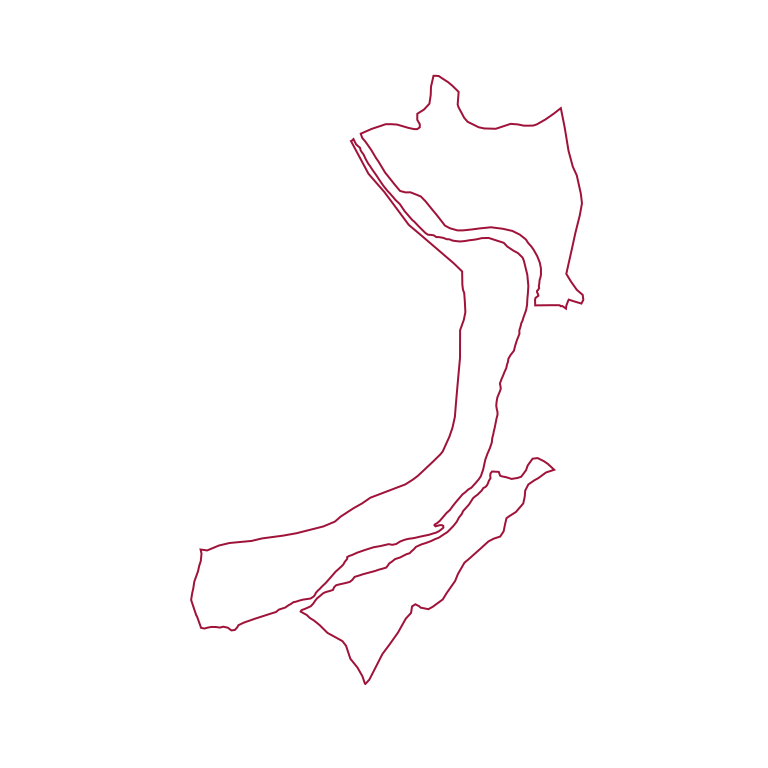 the district of Qina, Qina, Egypt, rotated 75°
{"feature_id": "37247803B17837872993253", "entity_name": "Qina", "entity_type": "district", "adm_level": 2, "iso_a3": "EGY", "parent_name": "Egypt", "parent_adm1": "Qina", "projection": "orthographic", "projection_center": [32.69, 26.097], "detail": "fine", "context": "isolated", "style": "outline", "palette": "rose", "viewbox_px": 768, "rotation_deg": 75, "n_neighbors": 0, "source": "geoboundaries", "source_scale": "gbopen_adm2", "svg_char_len": 6141}
<svg xmlns="http://www.w3.org/2000/svg" viewBox="0 0 768 768"><g transform="rotate(75 384 384)"><path d="M140.8,353.0L162.7,347.9L176.9,344.6L198.8,333.9L236.7,318.9L248.3,310.8L285.3,285.5L295.5,279.4L308.3,282.6L313.2,283.3L317.0,283.0L324.9,284.5L335.7,286.8L342.7,290.3L351.8,296.6L359.6,298.7L378.4,303.8L401.2,312.2L422.1,319.8L434.0,324.0L444.0,329.2L452.0,334.6L452.6,335.1L464.3,344.7L466.4,347.5L471.8,357.0L481.5,375.1L483.8,380.8L486.5,389.4L490.3,426.6L493.7,436.2L496.2,445.9L497.1,448.7L500.9,460.3L504.2,467.0L505.9,479.6L505.5,507.2L504.3,521.0L501.6,541.8L501.3,552.6L499.1,565.5L497.6,574.4L497.3,585.3L499.0,597.9L496.4,604.0L500.7,604.2L507.6,606.8L511.7,609.5L516.7,612.1L525.8,618.4L531.8,621.0L536.8,623.6L542.7,626.2L554.4,625.5L559.2,625.2L559.8,624.8L572.2,623.8L573.7,620.7L573.7,617.1L574.0,613.6L575.2,609.3L576.8,605.6L576.8,602.2L578.9,598.0L582.5,595.2L583.0,591.8L581.2,588.9L579.3,587.0L578.2,581.1L577.3,569.0L576.9,561.0L576.5,553.1L576.3,547.4L574.7,543.9L574.4,537.4L572.9,533.2L572.6,531.6L571.3,527.8L571.5,525.7L571.3,522.5L571.3,518.2L572.2,510.5L571.1,507.0L570.1,505.7L569.3,504.8L568.2,504.0L566.7,501.8L565.3,499.1L563.6,496.4L561.0,491.6L552.7,479.2L549.3,472.5L547.8,470.0L545.7,468.0L543.4,464.8L541.7,464.4L541.1,462.2L540.9,459.0L540.0,453.7L539.4,445.4L539.0,436.3L539.6,429.5L539.9,420.9L541.5,417.6L541.7,413.6L540.3,409.2L539.8,404.2L539.9,400.4L540.6,394.7L540.8,388.1L541.3,379.7L541.1,375.3L541.1,372.5L540.4,368.9L538.6,364.7L538.0,363.8L536.3,363.5L535.4,364.5L534.8,366.5L534.8,371.1L533.6,371.8L532.9,371.5L532.2,368.9L530.7,365.6L527.2,360.5L524.9,357.2L522.7,352.9L519.5,348.9L516.6,345.0L513.6,340.6L510.9,336.7L509.7,333.7L507.6,329.7L506.8,326.5L503.2,320.9L500.4,316.9L497.9,314.1L495.4,312.5L492.7,310.6L488.9,308.6L483.4,305.8L478.1,302.1L473.6,298.5L468.6,295.1L464.2,293.4L461.1,291.6L457.6,289.9L455.3,288.6L446.2,284.1L443.3,282.4L440.4,281.6L438.1,281.6L434.0,281.2L430.0,279.7L426.2,277.9L424.1,276.3L421.8,274.5L419.1,272.6L418.0,272.3L415.5,272.0L413.7,272.0L412.9,271.5L412.1,270.9L409.8,269.3L407.2,267.2L403.7,264.6L400.3,261.8L397.0,260.1L394.8,258.6L391.8,257.3L388.8,254.3L385.5,249.9L383.7,248.9L381.0,247.4L376.1,244.3L370.6,240.2L367.9,239.6L366.7,239.1L364.9,237.9L363.2,236.9L360.7,235.6L358.8,233.9L355.7,232.0L352.0,229.4L349.2,227.5L344.5,225.3L338.9,223.5L334.1,221.7L326.7,219.2L315.5,217.3L301.3,217.0L297.8,217.4L292.1,220.8L288.7,224.5L283.1,229.4L278.6,231.8L273.9,239.1L270.0,245.1L268.4,251.8L268.2,257.2L267.9,260.0L267.3,264.0L266.8,269.3L266.0,273.7L264.9,276.7L263.4,280.3L263.0,280.8L263.0,281.0L261.2,283.3L260.4,285.9L258.2,288.9L256.4,292.7L255.6,295.5L253.3,297.4L252.3,299.7L251.1,303.0L248.7,305.0L241.0,309.5L235.1,312.7L233.0,314.2L222.5,319.3L214.2,322.2L209.0,325.4L206.1,326.7L201.0,329.2L198.3,330.7L192.6,333.2L191.6,333.6L187.6,335.0L184.7,336.0L181.9,336.9L179.3,337.8L174.2,339.7L173.3,340.0L169.8,341.1L167.4,342.1L163.2,343.2L161.3,343.6L156.8,344.4L153.9,345.6L151.8,346.1L149.4,346.1L148.0,347.2L145.1,349.0L143.3,349.3L140.7,349.9L139.5,350.1L140.6,352.0L140.8,353.0ZM136.2,341.7L136.4,341.7L140.8,341.3L144.7,339.4L148.1,338.1L154.8,335.7L163.4,333.3L167.6,331.8L179.8,328.3L194.5,321.9L201.7,318.5L204.5,313.6L205.7,308.8L208.1,305.6L210.3,302.6L212.5,299.8L218.3,296.6L227.5,292.5L235.6,288.8L246.8,284.1L250.7,279.9L254.7,273.2L256.1,267.7L257.5,258.9L258.5,251.2L260.3,240.1L264.8,229.1L269.3,220.5L274.8,214.2L281.0,209.6L285.2,208.2L289.3,206.1L293.2,204.7L300.2,202.9L307.2,202.1L313.0,202.5L319.1,204.1L321.7,205.4L323.8,206.8L327.4,208.1L329.4,209.1L331.5,209.3L333.1,211.0L333.6,212.0L334.8,212.4L337.0,212.0L338.7,212.0L340.0,215.3L341.7,216.3L345.5,217.2L346.7,217.4L347.2,217.6L351.3,201.5L353.4,193.9L354.6,193.2L354.8,191.6L358.3,188.7L355.5,187.6L351.3,184.6L350.3,183.7L353.0,179.6L357.4,172.5L354.3,169.7L349.4,169.0L342.9,173.4L333.4,176.9L324.8,179.4L300.9,166.9L287.7,160.1L271.7,151.2L260.7,146.0L253.1,144.9L250.9,144.6L232.4,143.8L222.8,145.4L206.3,145.4L188.4,143.6L181.8,143.0L163.3,141.8L166.8,150.0L170.3,159.7L172.8,169.3L173.0,173.2L170.6,182.2L168.0,187.3L165.5,194.3L166.4,210.0L163.1,221.0L160.5,226.1L152.3,235.4L147.5,237.7L141.8,239.0L136.0,240.4L133.1,240.5L121.2,236.3L113.7,240.7L109.0,244.0L104.4,248.2L100.7,251.4L99.7,254.3L99.1,256.4L109.1,261.7L117.0,264.1L125.0,267.6L129.2,274.2L131.6,281.9L137.5,283.5L142.3,282.2L145.3,283.0L146.4,285.9L145.6,288.9L143.0,294.0L136.8,304.2L135.1,309.2L133.5,315.2L133.9,321.1L134.1,325.0L134.4,329.9L136.2,341.7ZM668.9,479.6L665.8,474.7L644.4,455.4L637.0,446.0L627.7,434.8L616.3,423.7L612.1,417.1L606.1,414.5L604.9,410.7L607.7,407.6L609.5,406.5L613.0,399.4L611.8,394.6L607.3,383.0L602.1,377.5L592.7,366.3L586.6,361.7L583.6,358.7L577.4,352.5L575.2,347.7L567.5,332.4L563.1,323.9L561.8,318.1L561.4,311.2L557.3,306.6L550.3,303.1L545.3,300.4L544.2,297.5L541.8,289.8L537.3,283.1L535.4,280.4L530.4,277.8L528.4,276.9L523.5,275.2L518.4,270.6L516.0,263.9L514.8,259.1L511.4,250.5L510.9,241.8L503.6,246.4L499.9,249.6L495.3,254.8L494.6,259.8L499.9,266.3L503.9,269.0L507.0,272.8L509.1,275.6L509.3,279.5L508.7,285.4L506.0,289.5L503.4,294.6L502.5,295.6L498.6,295.9L496.5,302.2L496.5,302.3L497.9,304.2L499.9,305.1L502.5,305.5L504.6,307.7L506.7,309.2L508.5,310.7L509.7,312.6L510.2,315.0L512.2,317.2L515.1,322.3L516.4,325.6L517.5,327.7L522.5,333.2L527.3,340.6L529.6,342.4L532.5,346.3L535.8,349.3L539.2,353.9L543.5,361.2L544.8,365.4L546.6,370.7L547.1,375.2L547.9,379.3L548.4,384.4L548.6,389.3L549.6,395.3L551.5,398.2L552.8,400.9L554.1,403.0L554.2,406.3L555.7,413.3L556.0,418.7L557.7,422.5L558.7,425.5L560.2,427.1L561.9,429.4L562.0,433.0L562.0,437.3L562.3,440.7L562.3,453.3L562.6,458.5L562.7,462.3L565.0,465.3L566.3,468.2L566.3,472.6L566.0,479.4L566.0,482.3L567.4,484.8L569.7,486.6L569.9,490.2L569.9,493.7L570.1,495.8L570.7,497.6L572.2,500.7L573.7,504.1L575.6,506.7L577.6,508.9L579.7,512.2L580.3,515.7L580.7,518.2L581.1,522.2L582.3,523.4L587.1,518.4L590.8,516.2L594.4,512.8L600.2,508.6L609.8,503.0L621.6,490.7L627.1,488.4L637.8,487.8L640.7,487.6L651.1,483.0L660.7,480.5L668.4,480.0L668.9,479.6Z" fill="none" stroke="#9f1239" stroke-width="2"/></g></svg>